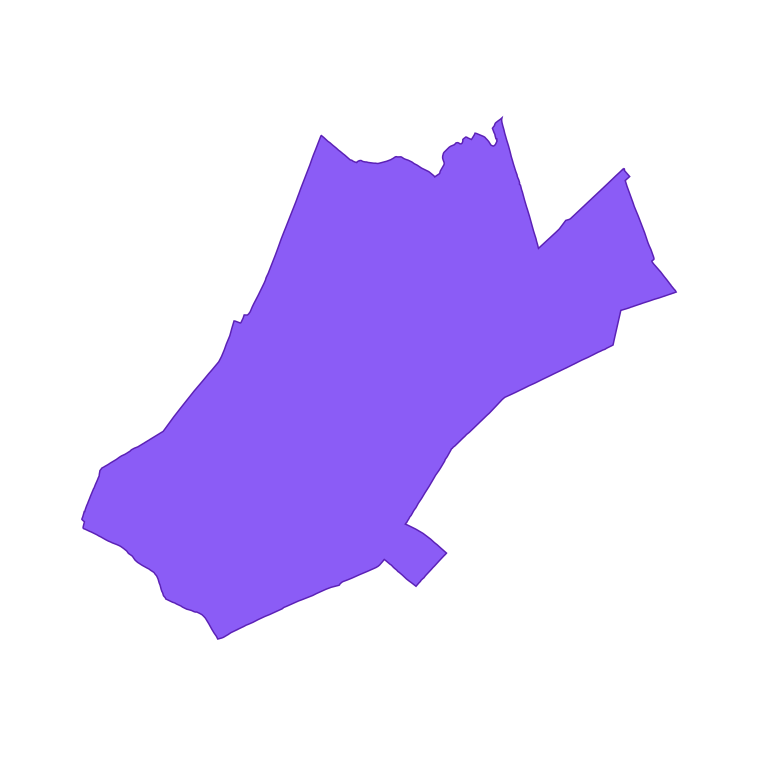 Corlatel, Mehedinti, Romania (orthographic projection), rotated 193°
{"feature_id": "2599482B35238828278116", "entity_name": "Corlatel", "entity_type": "district", "adm_level": 2, "iso_a3": "ROU", "parent_name": "Romania", "parent_adm1": "Mehedinti", "projection": "orthographic", "projection_center": [22.928, 44.38], "detail": "fine", "context": "isolated", "style": "filled", "palette": "violet", "viewbox_px": 768, "rotation_deg": 193, "n_neighbors": 0, "source": "geoboundaries", "source_scale": "gbopen_adm2", "svg_char_len": 6158}
<svg xmlns="http://www.w3.org/2000/svg" viewBox="0 0 768 768"><g transform="rotate(193 384 384)"><path d="M500.9,612.0L501.3,611.5L503.4,596.9L504.3,591.2L504.9,586.4L505.5,580.8L509.1,555.7L509.7,550.6L510.1,547.8L510.8,542.1L514.9,514.7L515.7,509.7L516.8,502.2L517.7,494.4L518.3,489.6L518.8,485.7L521.2,469.4L521.7,465.9L522.4,462.9L522.8,460.9L522.9,458.6L523.5,455.3L526.6,441.9L528.9,433.1L529.7,429.6L530.6,424.4L531.6,421.9L532.6,420.5L535.8,419.8L536.1,416.4L537.2,411.6L537.8,411.1L543.1,411.8L544.3,411.7L544.8,404.0L545.1,396.3L546.6,387.5L547.3,381.4L548.5,374.3L550.0,368.5L555.0,358.6L557.2,354.5L561.3,346.3L567.4,334.5L577.0,314.3L581.5,304.6L588.5,288.2L609.7,267.4L612.8,265.3L615.4,263.0L616.3,261.5L620.5,257.3L623.6,254.9L625.3,253.2L627.9,250.2L632.5,245.8L634.9,243.3L640.1,238.5L640.6,237.2L641.3,235.8L641.1,232.0L640.9,230.7L640.9,230.1L641.3,228.3L641.6,226.2L642.6,221.0L643.1,217.5L643.4,216.8L644.6,209.7L644.9,207.7L645.1,206.2L645.6,203.2L646.0,200.2L646.3,199.0L646.8,194.9L646.9,192.3L647.4,192.3L647.5,189.8L647.7,186.4L647.9,185.4L648.0,184.3L647.8,184.0L646.7,183.3L644.9,182.4L645.0,177.6L644.9,176.2L644.6,175.8L644.3,175.6L643.7,175.4L642.6,175.3L637.6,174.2L636.2,174.0L629.8,172.5L627.7,171.8L625.5,171.3L620.2,169.7L617.1,168.9L615.1,168.6L613.0,168.1L608.5,167.5L605.9,167.0L604.0,166.5L601.3,165.4L597.3,163.5L596.4,162.8L595.7,162.1L594.8,161.4L592.0,160.3L590.6,159.7L589.9,159.1L587.5,156.9L586.8,156.3L584.0,154.8L578.8,152.9L574.9,151.8L573.9,151.5L571.5,150.9L569.2,149.9L565.9,148.7L565.3,148.3L564.8,147.7L562.3,145.8L560.3,143.2L558.3,139.6L556.9,137.6L555.0,133.9L553.9,132.1L552.7,130.7L551.3,128.2L550.6,127.6L549.1,126.6L548.7,126.1L548.4,125.5L541.0,123.8L538.7,123.6L536.8,123.0L531.9,122.0L530.2,121.3L525.5,120.2L524.0,120.2L520.6,120.0L517.7,119.4L516.2,119.4L515.2,119.7L511.9,119.0L511.0,118.7L509.7,118.4L507.6,117.2L505.4,115.7L500.8,111.0L496.8,106.5L493.5,103.1L490.5,100.4L488.6,98.1L485.0,100.0L483.4,101.1L480.7,103.7L479.7,104.6L477.3,107.2L465.4,116.8L464.1,118.0L461.9,119.5L458.1,122.3L453.8,126.0L447.8,130.7L443.5,133.7L432.6,142.1L431.3,143.8L429.0,145.4L418.3,153.5L416.1,154.9L405.9,161.9L402.7,164.6L394.3,171.0L389.8,174.0L382.5,177.8L382.2,178.2L381.9,179.3L380.6,181.2L379.6,182.2L375.5,184.9L371.4,187.8L365.1,192.6L357.9,197.8L350.6,203.3L348.8,205.0L347.6,206.6L345.4,210.7L344.3,213.1L341.9,212.0L337.5,209.7L336.1,209.2L333.6,207.5L332.2,206.7L329.9,205.6L328.2,204.4L326.9,203.9L323.2,202.0L318.3,199.1L315.3,197.7L312.7,196.6L307.3,194.1L305.2,198.1L304.2,199.7L303.9,200.4L303.9,200.8L302.1,203.5L301.6,204.0L300.5,206.5L296.0,214.3L295.0,216.2L293.8,218.1L290.6,223.8L289.8,225.2L287.0,230.0L286.2,231.2L285.5,232.6L284.9,233.0L284.5,233.0L291.9,237.0L296.0,239.3L299.2,240.8L303.6,243.3L312.3,247.2L318.3,249.1L320.6,249.8L329.5,251.9L331.7,252.3L331.4,253.2L330.7,254.2L330.1,256.6L329.8,257.1L328.9,260.4L328.3,261.5L328.0,262.1L327.3,264.5L326.8,266.3L326.3,267.9L325.1,270.6L323.7,275.6L321.5,281.3L319.6,287.2L317.1,294.2L313.9,304.4L313.3,306.5L310.9,312.4L309.9,315.2L307.8,321.7L307.5,322.8L307.4,324.2L306.1,327.3L303.9,334.9L303.7,335.9L303.0,336.7L302.3,338.1L301.0,339.6L294.4,349.9L293.7,350.8L292.2,353.4L290.1,356.0L276.5,376.9L274.8,379.3L271.5,384.9L265.3,395.5L263.3,398.2L254.1,405.3L242.2,415.0L236.8,419.1L230.5,424.3L224.1,429.4L220.7,432.2L207.7,442.6L196.6,451.8L191.3,455.8L182.7,463.0L180.5,464.6L178.6,466.2L176.4,467.6L175.4,468.7L169.6,473.5L169.7,481.0L169.8,509.0L164.5,512.0L162.0,513.5L160.9,514.3L159.0,515.4L158.1,516.0L149.4,521.4L145.9,523.5L145.0,524.0L139.9,527.2L135.3,529.8L120.0,539.3L120.5,539.9L121.4,540.8L122.5,541.5L126.4,544.5L126.7,544.9L128.5,546.3L131.8,549.1L134.9,551.5L139.6,555.4L148.1,561.5L150.0,563.1L150.6,563.8L150.7,564.0L149.3,565.8L149.0,566.5L149.7,568.1L154.1,575.0L156.8,578.5L158.8,581.4L164.0,589.9L173.7,604.3L180.1,613.3L182.3,616.9L191.8,631.5L194.7,636.5L191.3,641.4L197.6,646.0L198.1,647.5L198.3,647.7L198.7,647.8L199.4,646.7L199.7,646.9L201.8,643.6L205.0,638.9L211.2,629.4L239.3,587.3L240.3,586.2L243.7,584.3L244.5,582.5L248.1,574.4L250.7,570.4L264.0,550.9L265.8,554.5L267.5,557.5L268.5,559.6L271.1,564.0L272.8,566.9L280.0,580.2L283.8,586.8L284.8,588.4L288.3,594.6L292.4,602.3L293.6,604.2L295.8,608.5L296.7,608.9L297.1,609.4L297.0,609.9L297.1,610.5L298.5,613.0L298.8,613.4L300.1,615.2L300.9,616.4L301.4,617.7L303.4,620.7L307.4,627.5L308.7,629.9L311.2,634.3L313.2,638.3L316.3,644.1L319.3,649.2L321.5,653.2L322.8,655.5L324.3,658.6L326.4,662.4L328.0,665.6L328.8,667.8L328.9,669.0L328.9,669.9L330.1,668.2L332.4,665.6L334.1,663.4L334.5,661.9L334.5,660.7L335.9,657.6L333.7,654.2L332.0,652.0L331.7,651.1L330.1,648.1L329.3,648.3L329.0,647.7L329.0,646.8L328.5,646.2L328.8,644.9L329.2,643.0L329.5,642.1L330.4,640.9L330.8,640.5L331.5,640.4L333.0,640.7L333.7,641.0L335.8,643.1L336.6,643.9L339.1,645.7L339.7,646.0L341.0,647.0L342.3,647.5L343.2,647.7L350.2,648.9L351.7,648.9L351.8,648.2L352.1,646.9L353.8,641.9L357.4,642.6L358.6,643.0L359.7,643.1L360.0,642.9L361.8,640.7L362.2,639.9L361.8,638.1L362.0,636.8L362.3,635.9L363.0,635.3L364.0,635.1L365.3,635.6L366.3,635.8L367.0,635.6L367.6,635.3L368.0,635.2L368.6,634.1L369.4,632.9L372.6,630.6L373.8,629.3L377.6,623.3L378.0,622.1L378.0,621.2L378.1,619.4L377.9,618.1L377.7,617.3L377.5,616.9L376.9,615.8L375.3,613.4L375.1,612.8L374.9,612.1L374.9,611.2L377.0,604.3L377.1,603.5L377.1,602.0L377.2,601.6L377.4,601.3L380.0,598.5L381.1,597.2L382.2,598.1L388.1,601.0L395.9,602.8L400.9,604.7L404.2,605.5L406.2,606.4L407.2,606.7L410.7,607.5L413.8,607.8L415.3,608.1L418.0,609.1L418.8,609.1L421.8,608.3L423.0,608.3L424.0,607.9L425.1,606.8L425.6,606.1L426.4,605.5L427.7,604.2L431.6,601.6L438.8,597.8L439.9,597.4L442.3,597.2L443.3,596.9L449.5,596.3L450.6,596.4L451.5,596.3L452.4,596.1L454.9,596.1L456.3,596.6L457.2,596.5L457.7,596.4L458.2,595.9L458.6,595.9L459.0,595.4L459.8,594.9L460.1,594.6L460.1,594.2L460.4,593.6L462.7,593.8L464.4,594.2L465.8,594.8L467.0,594.7L467.6,594.9L473.9,598.3L475.7,599.1L479.0,600.8L480.7,601.5L483.7,603.2L484.5,603.6L487.4,605.0L490.9,606.9L493.2,607.8L498.2,610.7L500.9,612.0Z" fill="#8b5cf6" stroke="#5b21b6" stroke-width="1.5"/></g></svg>